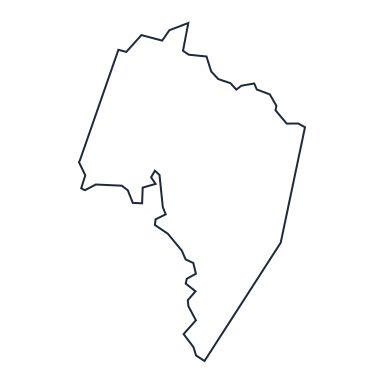 Charlotte, Virginia, United States of America (Mercator projection)
{"feature_id": "52423323B81085742226913", "entity_name": "Charlotte", "entity_type": "district", "adm_level": 2, "iso_a3": "USA", "parent_name": "United States of America", "parent_adm1": "Virginia", "projection": "mercator", "projection_center": [-78.693, 36.973], "detail": "fine", "context": "isolated", "style": "outline", "palette": "slate", "viewbox_px": 384, "rotation_deg": 0, "n_neighbors": 0, "source": "geoboundaries", "source_scale": "gbopen_adm2", "svg_char_len": 800}
<svg xmlns="http://www.w3.org/2000/svg" viewBox="0 0 384 384"><path d="M204.5,361.0L280.7,242.7L305.0,127.2L298.1,123.5L286.7,123.6L275.5,110.3L276.4,105.8L269.8,94.4L256.8,89.5L254.2,83.5L241.4,85.7L236.3,89.6L230.5,83.2L218.3,79.1L211.2,71.5L206.5,56.5L188.8,54.7L183.0,50.8L188.3,23.0L169.4,30.2L162.2,40.6L141.4,35.1L126.3,51.9L118.4,49.8L80.2,159.5L79.0,162.3L85.3,175.3L81.2,188.3L84.9,190.2L95.8,184.5L121.8,185.7L127.8,190.3L132.8,202.9L142.1,203.3L142.7,187.6L155.6,183.9L151.1,177.3L154.9,170.7L159.5,175.0L162.8,207.1L165.7,214.3L155.6,219.3L154.9,225.0L167.9,233.8L181.8,250.6L185.6,259.4L193.3,263.0L195.9,273.7L186.8,278.8L185.7,283.6L195.5,291.3L187.8,300.2L188.4,306.2L195.9,320.3L183.6,334.1L193.4,347.0L196.1,355.5L204.5,361.0Z" fill="none" stroke="#1e293b" stroke-width="2"/></svg>